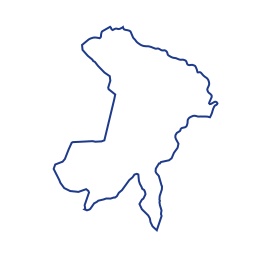 the district of San José del Golfo, Guatemala, rotated 22°
{"feature_id": "79465075B18750582081906", "entity_name": "San José del Golfo", "entity_type": "district", "adm_level": 2, "iso_a3": "GTM", "parent_name": "Guatemala", "parent_adm1": "", "projection": "albers", "projection_center": [-90.366, 14.787], "detail": "fine", "context": "isolated", "style": "outline", "palette": "blue", "viewbox_px": 256, "rotation_deg": 22, "n_neighbors": 0, "source": "geoboundaries", "source_scale": "gbopen_adm2", "svg_char_len": 3448}
<svg xmlns="http://www.w3.org/2000/svg" viewBox="0 0 256 256"><g transform="rotate(22 128 128)"><path d="M54.3,68.2L54.8,69.2L56.6,72.6L63.6,76.1L69.5,78.0L70.3,78.8L72.7,79.2L76.8,81.6L85.4,85.4L91.7,86.8L93.9,90.8L94.5,97.9L95.5,99.3L103.6,101.7L104.5,106.6L109.0,136.8L110.7,148.3L108.5,150.3L103.0,152.9L100.0,153.5L82.1,161.8L81.3,162.8L81.0,169.9L81.1,180.4L80.0,183.7L74.2,189.1L74.4,193.8L83.7,201.9L85.9,204.2L91.4,207.6L98.0,208.1L106.0,205.8L112.1,200.4L114.8,201.2L116.0,202.4L116.7,215.8L118.6,218.9L118.1,219.7L120.8,219.7L122.7,218.1L123.3,217.2L124.8,210.6L126.7,208.3L127.7,206.5L131.4,203.9L132.6,203.0L134.1,201.6L138.2,200.0L141.1,197.6L141.9,197.5L143.2,195.5L143.8,191.4L145.7,187.9L148.7,175.8L150.7,172.0L151.4,168.8L153.3,167.2L155.0,167.2L157.9,172.9L159.9,175.3L162.8,177.7L163.9,179.0L166.3,179.5L167.8,181.0L169.0,182.8L169.0,184.0L168.7,187.8L167.9,188.9L167.6,190.1L167.1,194.2L171.3,198.1L179.5,201.5L182.1,203.6L184.2,206.9L187.5,209.9L189.4,210.7L191.9,211.6L193.0,212.0L192.1,197.0L190.8,195.4L189.9,191.8L186.5,187.6L184.9,184.9L184.9,183.6L184.1,182.9L182.9,179.3L182.4,172.2L181.3,169.2L180.6,168.7L176.1,162.9L174.6,161.0L173.4,160.3L171.4,159.4L169.9,158.1L169.0,155.2L170.0,149.3L170.8,149.0L171.3,147.2L178.1,142.6L179.8,139.7L179.9,133.8L181.4,127.8L180.7,123.7L176.6,120.3L175.3,118.8L174.7,116.8L175.1,114.3L177.3,111.3L177.4,110.3L177.2,109.5L177.7,108.1L178.4,107.5L180.7,105.9L181.5,104.7L181.6,103.8L181.5,102.2L181.3,101.1L181.0,100.1L180.4,98.3L180.5,97.1L180.7,96.3L181.0,95.6L181.9,94.3L182.6,93.6L183.7,92.5L184.9,91.8L185.9,91.5L186.7,91.4L187.5,91.3L188.4,91.2L189.6,90.8L190.6,90.3L195.7,88.3L197.7,87.6L198.9,87.5L200.0,87.3L200.2,84.7L200.2,83.8L200.2,82.7L200.1,81.7L200.0,80.9L199.9,79.6L199.8,78.0L199.9,75.8L200.4,74.3L201.2,73.6L201.7,72.5L201.7,71.6L200.6,70.9L199.5,70.8L198.5,71.3L196.0,74.5L194.9,75.2L193.9,74.7L193.8,73.6L194.0,68.1L193.6,66.9L193.1,66.3L192.1,65.8L191.1,65.4L190.1,65.2L189.0,64.7L188.2,64.0L187.4,63.1L187.0,62.4L186.9,61.2L187.0,59.6L187.0,57.8L186.8,56.8L186.4,56.0L186.0,55.3L185.5,54.6L184.4,53.4L183.9,53.0L182.6,52.3L181.6,52.0L180.4,51.8L179.5,51.5L178.5,51.2L177.6,50.8L175.9,49.9L174.9,49.4L173.7,49.3L172.7,49.9L171.7,50.3L171.0,49.6L170.3,48.5L169.6,47.7L168.6,46.7L168.0,46.1L167.1,45.4L166.0,45.2L164.9,45.3L164.2,45.3L162.8,45.9L161.2,46.8L160.1,46.9L159.4,46.8L158.5,46.0L158.0,45.4L157.1,44.4L156.1,43.9L154.9,43.9L153.6,44.0L152.5,44.4L151.8,44.8L151.0,45.1L149.6,45.3L146.4,45.3L145.3,45.5L143.9,45.9L142.8,46.0L141.6,46.0L140.7,45.9L139.9,45.8L138.2,45.5L137.3,45.0L136.7,44.1L135.7,43.0L134.9,42.5L133.7,42.2L132.6,42.3L131.6,42.9L130.4,43.3L129.4,43.3L128.6,43.2L127.5,43.0L126.2,43.0L125.5,43.3L124.8,43.7L123.9,44.1L123.1,44.2L122.2,44.2L120.6,44.2L119.2,44.2L118.2,44.3L117.4,44.4L116.0,44.7L114.8,45.2L113.3,45.7L111.6,46.1L110.7,46.2L109.2,46.2L108.5,46.1L107.3,45.9L106.1,45.6L105.2,45.4L104.0,45.0L102.9,44.4L101.8,43.7L100.8,43.2L100.0,42.9L98.9,42.3L94.5,37.9L93.9,37.5L93.0,37.3L92.1,37.4L90.9,37.5L88.7,38.0L87.4,38.0L86.3,37.3L85.5,36.3L85.0,37.2L84.4,37.8L83.3,39.1L82.2,39.8L81.2,40.0L80.2,40.1L79.5,40.4L78.7,41.0L77.7,42.2L77.1,42.9L75.9,42.7L74.4,41.3L73.5,40.9L68.2,47.6L67.7,48.4L67.7,49.3L67.8,50.3L68.1,51.7L68.4,52.5L68.7,53.5L68.6,54.4L68.0,55.4L66.7,55.6L65.5,55.9L64.6,56.1L63.7,56.4L62.7,56.8L62.0,57.2L60.4,58.5L59.7,59.1L58.8,60.1L58.3,60.8L54.3,68.2Z" fill="none" stroke="#1e3a8a" stroke-width="2"/></g></svg>